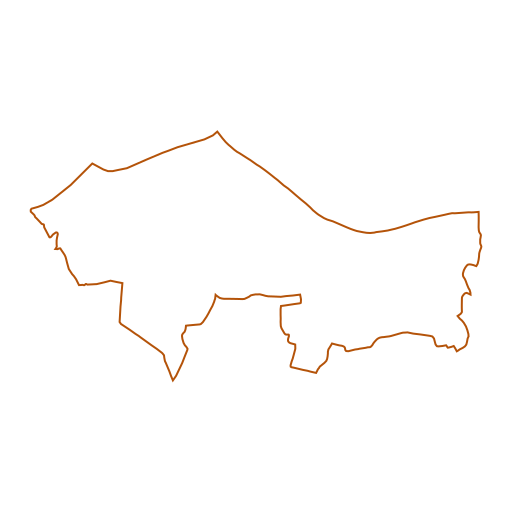 Vinh Long, Vĩnh Long, Vietnam (orthographic projection)
{"feature_id": "81297802B51499597672373", "entity_name": "Vinh Long", "entity_type": "district", "adm_level": 2, "iso_a3": "VNM", "parent_name": "Vietnam", "parent_adm1": "Vĩnh Long", "projection": "orthographic", "projection_center": [105.946, 10.252], "detail": "fine", "context": "isolated", "style": "outline", "palette": "amber", "viewbox_px": 512, "rotation_deg": 0, "n_neighbors": 0, "source": "geoboundaries", "source_scale": "gbopen_adm2", "svg_char_len": 5372}
<svg xmlns="http://www.w3.org/2000/svg" viewBox="0 0 512 512"><path d="M92.3,163.5L70.7,185.0L52.3,199.7L43.3,204.9L37.9,206.9L31.5,208.7L31.2,209.1L30.7,210.0L30.8,211.7L33.8,214.5L34.2,215.0L34.6,215.5L34.9,216.4L35.2,217.1L35.6,217.5L36.4,218.2L39.8,221.8L41.6,223.8L42.3,224.1L43.6,224.4L43.9,224.8L44.2,227.3L49.4,237.2L49.8,237.4L50.3,237.3L51.0,236.9L51.8,236.0L52.9,234.6L55.8,232.5L56.3,232.4L57.1,232.6L57.6,233.2L57.8,234.2L57.0,237.7L56.6,240.5L56.6,244.2L56.8,246.3L56.4,247.5L55.4,249.0L57.1,249.1L57.6,249.1L59.3,248.4L60.0,248.4L60.3,248.4L61.7,250.6L62.9,252.3L64.6,254.9L65.5,256.8L66.0,258.5L67.1,262.9L68.8,269.0L72.1,274.1L73.9,276.1L75.0,277.7L76.1,279.3L79.0,285.1L81.2,285.0L81.9,284.9L82.7,284.9L83.6,285.1L84.1,285.2L84.4,285.1L84.6,285.0L85.5,284.2L85.8,284.0L86.1,284.0L86.4,284.1L87.2,284.5L87.4,284.6L96.7,284.1L104.4,282.3L110.5,280.7L116.6,282.0L122.4,283.1L121.2,297.5L121.1,300.2L120.5,306.5L119.6,322.0L121.0,324.0L129.6,329.7L135.5,333.9L138.8,336.0L140.2,337.1L151.3,345.1L156.8,348.9L161.9,352.8L162.5,353.4L164.0,355.3L164.3,357.8L164.9,360.9L165.1,361.5L165.7,362.6L169.4,371.4L171.1,376.1L172.9,380.4L176.1,375.8L177.2,373.5L179.2,369.3L182.2,363.0L184.6,356.8L187.4,349.8L187.5,348.7L186.3,346.8L184.9,345.3L183.6,343.0L182.4,339.0L182.0,336.0L182.1,335.1L182.3,334.5L182.7,333.9L183.5,332.9L184.6,331.8L185.2,330.3L185.6,328.9L186.0,325.7L187.5,325.5L195.2,324.8L199.8,324.4L200.9,324.0L202.9,322.1L206.5,316.8L208.4,313.5L210.3,309.8L212.4,306.0L214.2,301.6L214.5,300.4L215.1,298.9L215.6,294.9L215.7,295.0L217.4,296.3L219.7,297.9L221.8,298.5L223.9,298.8L228.7,298.8L234.5,298.9L239.5,299.0L242.4,299.1L244.5,298.9L247.1,297.7L249.1,296.7L250.8,295.4L252.7,294.9L255.5,294.4L257.7,294.4L259.7,294.3L263.0,295.1L265.4,295.8L268.1,296.3L273.6,296.5L280.9,296.8L285.9,296.1L293.0,295.5L300.1,294.6L301.0,299.3L300.8,302.8L299.9,303.3L294.0,304.1L290.1,304.7L284.1,305.6L281.7,305.9L281.0,306.0L280.6,309.1L280.6,315.0L280.7,318.6L280.6,321.9L280.8,326.1L281.5,328.3L283.3,331.4L284.4,333.3L285.2,334.2L285.8,334.5L286.6,334.6L288.1,334.6L288.6,334.6L288.8,334.8L288.9,335.3L288.9,336.4L288.3,338.1L288.1,338.9L288.0,339.7L288.0,340.3L288.1,341.1L288.4,341.7L289.3,342.6L290.5,343.2L293.9,344.1L295.2,344.5L295.3,347.4L295.3,348.9L293.6,355.3L292.7,358.6L291.7,361.3L290.6,365.2L290.6,366.1L290.7,366.7L291.4,367.2L293.9,367.7L303.0,369.9L307.6,370.8L310.8,371.7L315.2,372.7L316.1,372.9L316.8,371.5L317.3,370.6L317.7,369.7L317.8,369.5L318.3,368.8L319.0,368.0L319.3,367.4L319.8,366.6L324.4,362.9L326.3,360.9L327.1,359.0L327.6,356.4L327.9,353.4L327.9,351.7L328.4,349.4L329.3,348.0L331.1,345.1L332.0,343.5L336.1,344.6L339.4,345.4L341.5,345.7L342.6,346.0L343.9,346.6L344.7,347.4L345.0,348.2L345.3,350.0L346.1,351.0L346.8,351.1L348.4,351.2L355.1,349.5L358.1,349.1L359.7,348.7L363.1,348.2L365.7,347.8L367.8,347.3L369.8,347.2L370.6,346.9L372.2,345.3L373.4,343.3L374.4,342.0L375.3,341.0L376.8,339.4L378.2,338.4L379.4,337.8L380.4,337.5L382.0,337.2L383.6,337.1L386.6,336.7L389.1,336.4L391.0,336.0L394.1,335.1L396.6,334.4L398.3,333.9L401.5,333.0L402.8,332.7L404.0,332.6L404.8,332.6L407.5,332.4L413.2,333.6L420.0,334.4L427.6,335.5L430.2,335.9L432.4,336.5L434.0,338.5L435.0,342.4L435.6,344.5L436.9,346.2L438.3,346.4L442.4,346.0L446.1,345.3L447.0,346.5L447.5,347.4L447.8,347.7L448.9,347.5L451.6,346.8L453.7,346.0L455.2,348.3L456.8,351.3L457.9,350.7L459.7,349.4L462.7,347.9L464.9,346.4L466.3,344.6L467.0,341.9L467.6,338.6L468.6,336.2L468.5,335.9L468.4,334.1L467.4,330.3L466.0,326.5L463.8,322.8L461.9,320.5L459.8,318.7L457.6,316.0L460.6,313.9L461.3,313.0L461.8,312.3L461.9,311.8L461.8,307.6L461.8,304.6L461.9,298.7L462.0,297.3L462.4,296.4L462.9,295.6L464.1,294.1L464.9,293.4L465.7,293.1L466.1,293.0L466.6,292.9L467.5,293.2L468.6,293.7L470.5,294.6L470.4,292.6L469.6,289.9L468.5,288.1L467.0,284.5L465.9,281.4L464.9,279.1L463.8,277.4L463.2,276.4L463.0,275.4L462.9,274.3L463.0,273.2L463.9,270.2L465.2,267.7L466.9,265.4L467.6,264.9L468.0,264.6L469.2,264.4L469.6,264.4L470.9,264.5L472.2,264.8L473.5,265.1L475.3,265.8L476.3,266.1L476.4,265.9L477.2,264.6L477.7,263.6L478.6,259.8L479.0,256.8L479.2,253.6L479.5,252.2L480.3,249.8L481.0,248.1L481.3,246.9L481.3,246.3L481.0,245.4L480.4,244.1L480.2,243.1L480.2,242.0L480.2,239.4L480.6,237.4L480.9,235.3L480.8,234.8L480.6,234.2L479.9,233.2L479.2,232.0L478.8,230.3L478.6,227.2L478.7,220.8L478.7,216.7L478.6,211.9L473.8,212.3L471.6,212.4L468.6,212.3L463.1,212.7L454.5,213.3L453.0,213.2L452.0,213.2L448.9,213.8L444.6,214.8L435.0,216.9L429.5,218.0L423.6,219.6L414.9,222.3L411.9,223.4L407.0,225.1L401.8,226.8L395.1,228.8L392.4,229.4L389.4,230.1L387.8,230.5L381.9,231.4L376.2,232.1L374.3,232.6L370.2,233.0L366.5,232.8L362.8,232.2L356.8,231.0L355.2,230.5L353.1,229.8L350.6,228.9L346.7,227.3L337.7,223.4L332.8,221.3L327.3,219.6L324.0,218.1L318.5,214.7L316.5,213.2L313.4,210.6L313.2,210.5L310.2,207.4L305.9,203.5L300.1,198.8L295.2,194.6L288.1,188.5L287.4,188.0L283.7,185.4L279.0,181.3L278.0,180.4L276.1,178.9L275.4,178.4L270.0,174.1L269.0,173.3L264.8,170.1L260.2,166.8L259.8,166.5L256.8,164.7L249.9,159.8L249.5,159.6L246.5,157.7L239.5,153.2L237.0,151.8L234.2,149.7L230.2,146.2L228.5,144.8L225.8,142.2L222.4,138.2L217.3,131.6L212.9,135.4L204.4,139.4L177.6,147.2L168.2,150.8L162.6,152.8L146.5,159.6L126.9,168.2L118.0,170.0L112.8,171.1L107.9,171.1L103.4,169.5L92.3,163.5Z" fill="none" stroke="#b45309" stroke-width="2"/></svg>